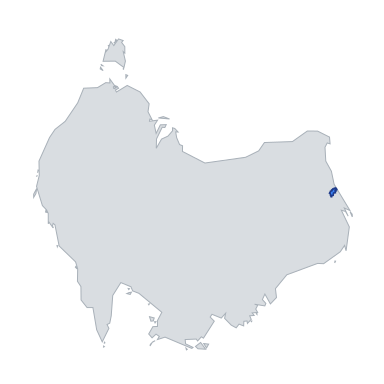 Chapman Valley, Western Australia, Australia (highlighted), rotated 176°
{"feature_id": "25037944B4139819915576", "entity_name": "Chapman Valley", "entity_type": "district", "adm_level": 2, "iso_a3": "AUS", "parent_name": "Australia", "parent_adm1": "Western Australia", "projection": "orthographic", "projection_center": [115.126, -28.272], "detail": "fine", "context": "in_parent", "style": "filled", "palette": "blue", "viewbox_px": 384, "rotation_deg": 176, "n_neighbors": 0, "source": "geoboundaries", "source_scale": "gbopen_adm2", "svg_char_len": 4986}
<svg xmlns="http://www.w3.org/2000/svg" viewBox="0 0 384 384"><g transform="rotate(176 192 192)"><path d="M296.7,61.2L298.9,83.6L304.7,84.0L310.2,92.0L309.4,105.4L312.5,110.9L311.4,123.3L313.0,130.4L328.3,147.4L331.0,168.8L332.7,170.4L333.8,167.1L336.7,171.8L337.6,170.3L336.9,180.6L338.3,184.2L342.2,188.9L346.7,208.4L343.2,219.2L342.5,233.5L330.3,256.3L324.3,264.0L313.5,271.4L299.8,288.9L292.8,303.1L279.0,302.7L270.4,307.1L266.3,306.5L266.1,310.5L261.7,303.4L263.1,302.4L263.1,301.0L261.9,300.6L259.1,302.4L258.0,300.6L261.3,299.1L260.4,297.0L249.2,302.8L236.8,295.4L228.6,283.0L230.3,275.1L226.8,266.9L229.0,267.7L229.5,265.5L221.3,266.1L224.9,261.3L223.7,252.9L218.9,261.2L213.0,261.0L214.6,258.2L217.2,258.7L223.7,247.4L224.6,238.1L218.7,246.9L212.1,249.4L207.1,254.4L207.0,257.4L204.8,256.6L201.7,252.8L204.1,253.1L203.5,247.2L201.1,240.2L198.2,238.8L198.7,233.1L177.1,220.0L136.1,222.9L122.6,228.4L116.3,236.3L88.3,235.3L72.7,244.8L62.5,244.0L51.0,237.2L50.9,230.4L53.7,231.5L56.2,227.4L56.4,213.5L51.5,203.0L49.7,189.8L35.7,162.5L41.2,165.4L37.9,157.0L40.2,161.9L44.3,163.4L37.5,146.2L42.4,122.6L43.5,128.1L48.3,122.0L65.7,111.3L71.7,112.0L103.2,102.8L115.5,89.8L115.1,80.8L121.6,74.9L126.4,85.1L129.3,79.8L126.1,75.7L127.3,73.3L137.4,75.7L134.3,74.5L136.6,70.8L134.9,67.3L140.4,67.2L138.6,64.5L143.1,64.5L141.8,60.8L145.9,57.0L146.1,59.5L149.3,59.4L149.8,54.8L154.3,56.9L157.4,53.4L162.2,56.5L168.3,63.7L166.9,68.7L171.6,64.2L180.6,68.6L182.6,66.0L178.8,61.6L190.8,45.4L192.8,46.9L196.8,43.0L198.0,45.0L209.1,45.3L209.0,41.0L201.8,36.9L203.1,36.0L229.0,49.1L236.8,47.2L234.7,50.2L237.8,52.7L242.0,49.3L245.1,53.4L240.4,60.4L235.8,60.3L235.5,66.0L230.5,74.1L252.0,94.6L258.1,97.5L259.5,101.7L269.3,106.6L278.3,94.3L281.2,74.2L283.2,66.9L286.0,65.7L284.4,61.8L292.0,48.8L296.7,61.2ZM251.2,320.9L259.4,327.9L271.6,328.6L267.8,340.5L267.9,338.1L265.8,340.3L262.5,347.8L259.8,343.5L254.6,349.8L250.1,347.9L251.8,346.2L248.9,341.7L249.3,335.2L250.8,336.8L249.3,327.2L251.2,320.9ZM189.3,34.2L197.0,35.2L199.3,37.7L193.9,41.3L189.3,34.2ZM209.3,266.4L220.4,268.2L215.3,269.2L209.3,266.4ZM242.0,66.0L243.1,70.6L238.5,69.0L239.6,66.1L242.0,66.0ZM346.7,206.3L347.8,201.3L350.3,197.7L350.1,200.9L346.7,206.3ZM272.2,319.3L275.0,321.2L274.5,322.9L272.2,319.3ZM188.4,35.4L190.9,40.0L186.0,39.1L188.4,35.4ZM249.8,313.7L248.0,312.8L250.0,310.2L249.8,313.7ZM264.1,95.2L261.7,96.1L259.4,96.3L260.8,94.1L264.1,95.2ZM35.7,161.3L33.8,158.8L33.7,156.5L34.0,156.4L35.7,161.3ZM273.2,324.3L274.0,325.8L272.0,324.1L273.2,324.3ZM338.0,181.7L339.5,182.2L338.9,184.3L338.0,181.7ZM312.0,123.3L313.6,125.1L313.1,125.8L312.0,123.3ZM258.1,347.7L257.5,349.6L256.6,348.7L258.1,347.7ZM344.7,221.9L344.0,224.6L343.9,224.5L344.7,221.9ZM208.9,36.7L207.7,35.4L208.6,34.9L208.9,36.7ZM244.2,42.9L242.2,44.7L244.6,41.3L244.2,42.9ZM345.9,218.7L345.0,219.3L345.7,218.5L345.9,218.7ZM243.3,83.2L242.3,83.4L242.9,82.5L243.3,83.2ZM238.4,65.2L237.1,65.2L238.0,64.0L238.4,65.2ZM54.6,111.3L54.2,113.2L53.6,113.0L54.6,111.3ZM290.0,47.3L289.8,48.8L289.4,47.6L290.0,47.3ZM261.7,301.4L261.7,302.3L261.4,302.0L261.7,301.4ZM241.7,45.2L239.1,46.3L241.8,44.9L241.7,45.2ZM142.0,58.6L141.0,59.6L141.7,58.4L142.0,58.6ZM259.3,346.5L258.6,346.7L259.2,346.1L259.3,346.5ZM262.4,100.2L261.1,99.9L261.9,99.1L262.4,100.2ZM136.4,66.1L135.7,66.7L135.7,65.3L136.4,66.1ZM265.3,343.9L264.3,344.2L265.0,343.2L265.3,343.9ZM291.1,43.5L290.9,44.5L290.2,43.8L291.1,43.5ZM260.8,302.4L261.4,303.5L260.1,302.9L260.8,302.4ZM330.4,148.0L329.7,147.8L330.2,146.7L330.4,148.0ZM333.2,166.7L332.8,166.6L333.3,165.8L333.2,166.7ZM252.1,319.6L251.6,320.3L251.7,319.3L252.1,319.6Z" fill="#d9dde1" stroke="#a8b0b8" stroke-width="1"/><path d="M53.5,177.5L53.0,177.5L53.0,178.4L53.0,178.6L52.7,178.6L52.4,178.7L51.9,178.6L51.7,178.7L51.5,178.8L51.4,178.8L51.4,179.1L51.4,179.3L51.2,179.4L51.2,179.7L51.1,180.7L50.8,180.8L50.8,181.2L49.0,181.2L49.0,181.7L49.2,181.8L49.2,182.4L49.2,182.5L49.0,182.8L48.9,182.8L48.8,183.0L48.7,183.0L48.8,183.1L48.6,183.1L48.6,183.3L48.3,183.3L48.3,183.5L48.2,183.7L48.2,183.8L47.9,183.9L47.9,184.0L47.7,184.2L47.4,184.1L47.3,184.3L47.4,184.5L47.5,184.6L47.5,184.8L47.6,185.0L47.7,185.3L47.8,185.4L47.9,185.5L48.0,185.5L48.2,185.8L48.3,185.8L48.4,186.0L48.7,186.0L48.8,186.0L48.8,185.8L48.9,185.6L48.8,185.3L48.9,185.2L49.0,185.2L49.0,185.3L49.1,185.2L49.2,185.3L49.3,185.3L49.3,185.2L49.5,185.2L49.6,185.3L49.6,185.2L50.2,185.1L50.6,185.1L51.1,185.2L51.1,185.3L51.3,185.3L51.4,185.2L51.5,185.2L51.6,184.9L51.6,184.7L51.8,184.6L52.0,184.5L52.0,184.4L52.3,184.4L52.3,184.2L52.2,184.2L52.3,184.1L52.3,183.9L52.5,183.9L52.5,183.7L52.4,183.5L52.4,183.4L52.5,183.4L52.8,183.4L52.9,183.5L53.0,183.6L53.1,183.4L53.2,183.2L53.3,183.2L53.5,183.1L53.8,183.1L53.8,182.9L53.9,182.7L54.0,182.6L54.0,182.4L54.3,182.2L54.5,182.1L54.6,181.9L54.5,181.7L54.8,181.5L54.8,181.4L54.9,181.2L54.5,181.1L54.3,181.2L54.2,181.0L54.2,179.3L53.5,179.2L53.5,178.6L53.8,178.6L53.8,178.3L53.5,178.3L53.5,177.5Z" fill="#3b82f6" stroke="#1e3a8a" stroke-width="1.5"/></g></svg>